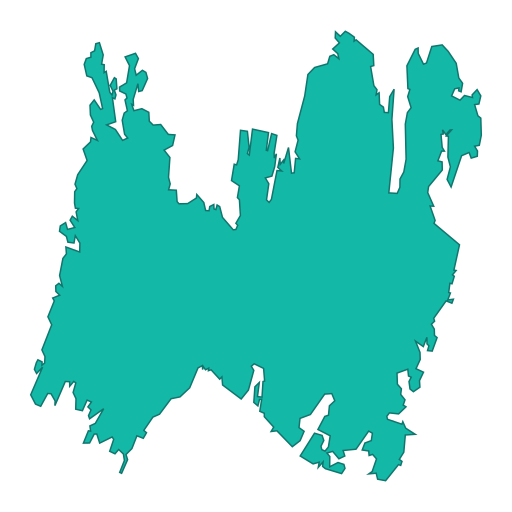 Kvitsøy nor, Norway
{"feature_id": "86288312B53863768587168", "entity_name": "Kvitsøy nor", "entity_type": "district", "adm_level": 2, "iso_a3": "NOR", "parent_name": "Norway", "parent_adm1": "", "projection": "orthographic", "projection_center": [5.409, 59.066], "detail": "fine", "context": "isolated", "style": "filled", "palette": "teal", "viewbox_px": 512, "rotation_deg": 0, "n_neighbors": 0, "source": "geoboundaries", "source_scale": "gbopen_adm2", "svg_char_len": 5900}
<svg xmlns="http://www.w3.org/2000/svg" viewBox="0 0 512 512"><path d="M104.2,64.7L101.6,64.2L103.2,54.9L99.4,42.7L95.8,43.7L94.6,50.8L90.9,52.7L90.9,57.2L86.3,58.6L84.2,64.4L86.8,75.9L92.0,77.7L99.2,92.8L102.6,108.6L100.6,109.4L94.2,99.9L90.0,105.2L90.4,115.0L93.7,122.2L91.7,126.3L92.5,130.5L97.4,140.4L91.0,137.5L90.5,141.9L83.1,149.0L87.1,160.5L77.7,174.7L75.0,184.2L76.9,188.6L74.7,191.7L74.5,203.0L75.4,208.2L78.6,208.5L76.1,211.9L77.8,220.6L72.3,216.2L70.1,220.2L74.8,227.5L67.5,229.4L65.6,222.6L60.3,225.9L59.5,231.3L66.4,236.4L67.9,242.2L74.0,243.0L75.3,235.7L79.9,243.1L79.7,252.0L65.9,247.0L66.4,253.9L62.9,258.4L59.6,275.5L62.4,286.4L58.9,283.3L55.7,285.8L55.9,291.5L59.7,295.2L52.7,298.0L54.3,300.9L47.9,316.8L51.7,324.8L41.9,349.9L45.0,356.6L44.6,363.1L41.9,365.2L42.1,361.9L37.9,359.8L36.3,362.8L34.4,369.3L36.6,373.5L42.6,367.1L30.7,394.8L35.5,404.1L40.7,406.3L47.7,393.5L51.0,393.7L55.1,400.9L54.9,405.6L65.3,381.5L69.6,381.7L69.7,386.2L73.8,381.4L75.8,382.9L73.1,392.5L76.0,398.7L75.7,409.2L82.4,410.7L87.1,400.1L91.4,402.0L87.9,406.9L91.0,409.9L88.5,415.7L89.6,418.8L103.7,408.7L95.3,423.4L89.9,425.9L90.6,431.1L88.4,430.8L83.4,443.1L89.6,443.0L94.2,434.1L96.8,434.0L99.7,443.1L112.1,437.0L113.7,439.3L109.7,451.3L115.0,453.8L118.7,449.5L123.4,454.0L124.4,460.5L119.7,472.4L121.6,473.3L127.6,459.7L126.0,454.5L131.9,448.6L136.9,435.8L143.3,438.3L146.5,432.7L143.8,430.4L152.9,417.1L159.5,414.2L171.1,398.7L180.0,396.9L189.7,387.8L198.0,367.9L202.4,365.6L202.6,369.6L203.1,366.3L205.5,369.8L208.7,368.1L208.4,370.7L211.1,369.8L219.7,379.2L221.9,376.9L222.6,385.0L241.2,399.0L248.4,390.1L253.8,370.4L251.3,366.2L254.2,363.8L263.6,368.4L264.6,381.1L263.0,381.5L262.0,397.1L257.5,396.6L259.3,382.5L254.9,386.8L253.8,402.4L257.9,405.9L259.5,399.5L261.7,399.2L259.8,411.3L264.3,413.3L264.3,416.7L273.7,427.1L271.1,431.5L276.9,430.8L292.3,446.7L300.1,440.7L304.1,431.3L299.0,427.6L300.0,418.4L310.4,414.5L324.7,394.1L331.8,393.6L334.8,400.8L329.4,405.8L328.5,415.2L324.8,416.4L317.9,429.5L330.2,435.8L328.4,447.0L325.0,451.1L321.8,449.6L321.0,446.2L323.8,440.5L322.1,435.4L314.5,433.2L300.2,456.0L313.1,463.9L319.2,462.2L318.3,467.3L323.1,461.9L322.6,466.4L325.4,468.7L341.6,473.6L345.0,468.4L343.9,464.4L338.0,462.5L329.7,466.8L329.8,456.5L326.9,453.0L332.7,451.4L338.9,458.8L344.8,456.0L343.1,450.5L356.0,449.2L368.7,431.1L372.4,433.2L371.3,440.6L364.9,443.0L362.2,450.0L368.7,451.0L369.1,455.5L372.6,454.4L376.5,458.9L372.2,471.5L368.8,473.9L376.2,473.2L377.6,479.2L385.6,480.7L398.5,464.6L400.7,465.4L402.0,461.4L399.3,459.4L403.8,452.2L405.3,435.0L415.2,434.3L405.7,428.2L402.8,421.7L401.9,424.2L387.5,419.3L386.8,416.3L389.4,412.9L398.6,413.9L406.0,406.8L403.2,405.1L405.0,399.8L400.7,394.4L401.4,388.8L397.4,384.2L397.0,373.1L407.8,369.2L408.5,376.0L411.2,377.2L409.0,381.5L410.0,389.0L413.4,391.7L419.9,387.2L419.5,380.6L423.5,372.2L416.0,368.7L420.2,359.5L420.0,352.4L415.5,341.1L423.3,346.6L426.9,337.3L427.0,343.9L428.9,345.8L427.5,350.6L432.2,351.1L437.1,337.6L434.5,335.5L434.3,329.1L431.4,324.2L434.6,321.2L433.7,318.3L446.1,300.9L451.9,303.2L453.4,299.2L447.8,299.9L450.4,293.0L448.7,292.5L449.9,283.3L452.0,283.8L454.3,276.3L452.5,274.8L456.1,270.5L453.9,270.1L459.5,244.8L434.0,223.4L435.1,220.4L430.1,206.0L433.7,206.2L427.7,192.6L428.6,186.5L442.3,170.0L442.1,161.9L437.9,160.8L441.6,151.1L444.4,151.1L442.2,147.4L441.0,134.4L443.3,134.0L442.5,129.8L445.9,134.6L450.0,130.0L451.6,129.9L446.2,136.0L448.4,136.3L447.9,157.1L450.4,166.9L447.1,179.4L451.1,187.0L461.6,155.7L469.1,152.5L471.2,158.1L477.3,156.3L477.5,151.0L474.6,146.2L479.3,145.3L481.3,135.2L480.8,118.1L477.9,115.8L474.6,104.6L478.9,104.0L480.8,95.9L477.1,89.6L472.1,94.9L472.5,97.5L464.5,95.5L460.0,100.2L451.6,95.9L454.7,88.8L459.0,87.9L458.6,90.8L461.1,91.8L462.6,83.3L458.8,78.0L456.2,63.3L448.2,51.4L442.2,44.9L431.8,46.5L426.5,63.0L423.5,64.2L418.2,53.4L418.1,48.0L415.2,49.3L406.9,65.8L407.9,88.6L409.9,89.4L407.7,96.6L411.1,107.7L407.4,112.6L405.3,124.1L406.1,159.2L403.8,172.0L400.0,179.0L399.9,187.3L397.2,193.4L388.8,192.9L393.4,148.0L391.9,119.3L394.1,89.2L389.7,96.7L388.4,112.7L384.3,112.4L383.4,107.1L379.6,104.4L379.1,92.8L376.1,94.9L377.0,89.7L373.9,85.7L370.6,66.5L373.8,65.6L373.2,54.4L356.1,39.8L354.1,41.1L354.4,37.2L349.0,33.3L345.3,31.3L340.3,36.3L335.5,31.8L335.2,38.0L339.4,42.9L332.7,49.0L337.8,53.7L338.8,58.7L333.8,54.7L329.8,56.3L327.6,63.8L314.6,67.5L307.9,74.5L304.7,96.0L297.4,123.6L296.4,135.8L298.1,140.1L295.1,151.8L299.6,158.9L295.6,158.4L294.2,172.8L291.5,173.2L288.5,147.5L283.7,163.5L283.5,160.2L280.2,164.4L279.9,158.0L277.8,167.4L281.7,171.0L277.0,170.5L271.4,199.4L269.1,202.4L266.5,199.9L268.8,183.8L265.3,177.9L271.9,176.1L274.7,166.7L276.4,153.8L274.3,158.1L274.1,153.3L276.9,135.4L271.6,133.6L267.6,150.7L266.3,150.3L268.5,132.6L252.5,129.1L249.3,155.1L247.4,153.6L249.1,147.3L247.4,131.3L240.5,130.3L238.2,159.8L236.6,164.9L234.2,164.2L231.5,180.6L239.4,185.8L237.4,197.6L239.4,199.7L240.4,215.5L235.9,223.3L237.7,225.3L235.9,229.5L233.2,229.8L222.5,217.4L219.7,206.6L217.1,205.0L215.9,209.6L214.0,208.9L213.8,204.5L209.8,206.5L209.0,210.8L205.6,210.5L203.8,202.5L196.8,194.5L196.4,198.0L187.7,203.6L179.0,203.8L177.1,201.6L176.3,190.2L168.6,189.8L170.2,183.9L168.5,177.3L169.9,157.5L164.1,150.1L172.6,145.5L175.0,134.9L168.3,134.4L160.7,124.5L153.2,125.1L149.3,121.2L148.8,112.3L141.9,108.7L133.9,110.7L131.7,104.3L133.5,105.3L133.2,99.4L137.9,83.7L138.7,91.5L142.2,90.6L147.6,78.5L145.9,72.4L142.4,70.3L136.2,75.2L134.6,68.7L138.4,58.6L135.5,53.3L125.1,56.9L129.5,65.6L126.6,82.9L119.5,87.1L119.7,91.0L125.9,94.0L127.0,98.0L125.0,99.9L127.4,110.8L124.2,113.1L122.2,120.2L124.6,134.3L127.7,138.0L122.6,140.4L115.4,129.5L106.6,124.9L115.7,121.7L112.4,97.6L114.9,98.9L116.0,94.9L114.3,90.1L116.9,88.8L116.2,78.9L114.4,77.7L110.2,85.3L113.0,91.3L112.0,95.0L109.8,92.3L106.2,71.3L104.1,72.6L104.2,64.7Z" fill="#14b8a6" stroke="#0f766e" stroke-width="1.5"/></svg>